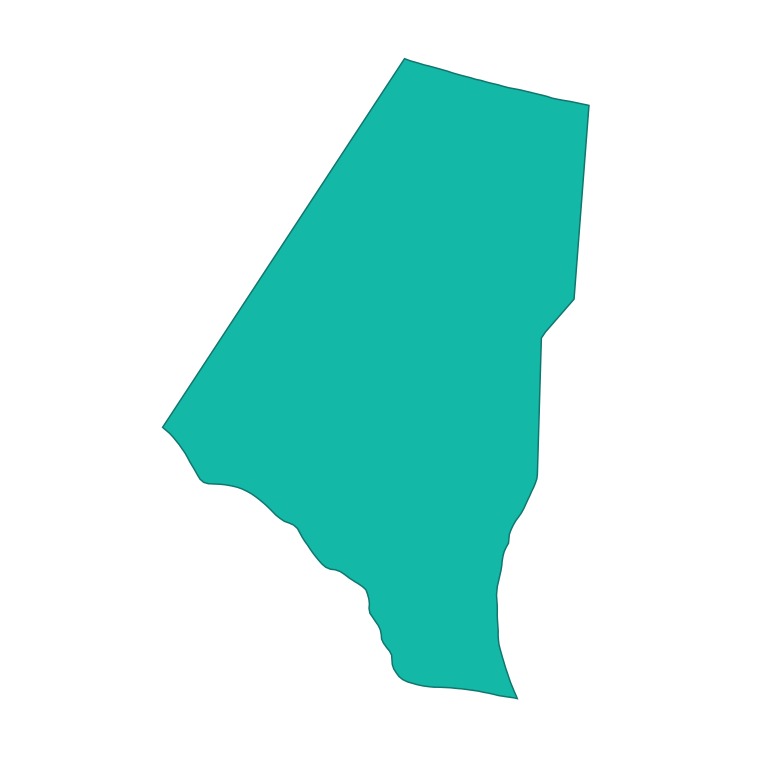 Raghwan, Ma'rib, Yemen, rotated 266°
{"feature_id": "15242507B55081881652905", "entity_name": "Raghwan", "entity_type": "district", "adm_level": 2, "iso_a3": "YEM", "parent_name": "Yemen", "parent_adm1": "Ma'rib", "projection": "robinson", "projection_center": [45.02, 15.774], "detail": "fine", "context": "isolated", "style": "filled", "palette": "teal", "viewbox_px": 768, "rotation_deg": 266, "n_neighbors": 0, "source": "geoboundaries", "source_scale": "gbopen_adm2", "svg_char_len": 2369}
<svg xmlns="http://www.w3.org/2000/svg" viewBox="0 0 768 768"><g transform="rotate(266 384 384)"><path d="M356.2,160.1L350.4,166.0L349.5,166.9L347.5,168.5L345.7,169.9L341.9,172.6L337.9,175.4L333.5,178.0L329.0,180.7L324.2,183.0L319.8,184.9L315.3,187.2L310.5,189.6L306.4,191.5L301.8,193.9L298.5,197.2L296.8,201.8L296.2,206.8L295.5,213.0L294.5,218.9L293.0,224.8L291.2,230.6L289.1,235.3L286.3,240.2L283.5,244.4L280.5,248.1L277.3,251.7L273.5,255.7L269.0,260.0L264.9,263.5L260.7,267.1L257.2,270.9L254.0,275.0L252.1,279.3L249.7,283.9L245.9,287.6L241.3,289.7L236.7,291.8L232.8,293.9L228.5,296.6L224.7,298.7L220.3,301.3L216.6,303.8L212.6,306.6L208.5,309.8L205.3,313.1L203.0,317.6L202.1,322.4L200.0,327.2L196.5,331.7L192.8,335.9L189.4,340.4L186.7,344.2L183.5,348.3L180.0,351.6L175.6,352.9L170.6,353.9L165.7,354.1L161.1,353.4L156.2,354.0L151.8,356.6L147.6,359.0L143.2,361.6L139.0,363.2L134.1,363.8L129.7,363.8L125.6,365.4L120.8,368.3L117.0,371.0L113.0,372.7L108.2,372.7L103.6,372.7L99.0,373.9L95.0,376.1L91.2,378.5L87.9,382.0L85.1,386.9L83.3,391.9L81.7,396.3L80.2,401.5L79.0,407.2L78.1,412.5L77.7,417.5L77.0,423.6L76.3,429.4L75.3,434.8L74.5,440.2L73.4,445.7L72.3,450.9L71.1,456.5L69.5,461.9L68.3,466.7L66.8,471.7L65.2,476.6L64.0,481.8L62.8,487.3L61.8,492.0L60.9,495.0L63.1,494.3L67.8,492.6L72.7,491.0L77.5,489.4L82.0,488.2L87.1,486.9L92.7,485.4L96.9,484.5L102.1,483.3L107.4,482.2L111.7,481.3L116.3,480.5L120.6,480.3L125.3,480.3L129.8,480.7L134.9,480.7L139.7,480.7L144.9,480.8L149.8,481.2L155.0,481.5L160.4,481.5L165.5,481.5L170.0,482.2L174.5,483.0L179.9,484.7L184.6,486.1L189.9,487.7L194.6,488.8L199.5,489.6L204.0,490.7L208.4,492.2L212.8,494.6L216.5,497.1L220.8,497.8L225.1,498.5L229.2,500.3L233.6,502.7L238.5,506.0L242.0,509.0L245.7,512.0L250.2,514.9L254.5,517.2L258.7,519.5L262.7,521.8L266.8,523.9L270.7,526.2L274.6,528.1L278.9,529.9L283.2,530.7L418.9,544.2L424.6,548.7L455.4,579.5L647.6,607.9L648.4,605.3L649.7,600.6L651.2,595.4L652.9,589.4L654.2,583.8L655.6,578.2L657.4,571.8L659.6,566.5L668.0,540.1L669.2,535.4L670.8,529.2L672.6,523.8L674.5,518.7L676.3,512.8L677.9,507.8L680.1,501.9L681.6,496.5L683.5,491.7L685.7,485.0L687.2,480.6L689.6,474.0L691.5,469.5L693.1,465.1L694.8,460.4L696.4,455.8L698.0,451.3L699.5,446.4L701.3,441.8L702.8,437.7L702.9,437.4L704.5,432.9L707.1,427.2L674.7,402.5L405.7,197.8L356.2,160.1Z" fill="#14b8a6" stroke="#0f766e" stroke-width="1.5"/></g></svg>